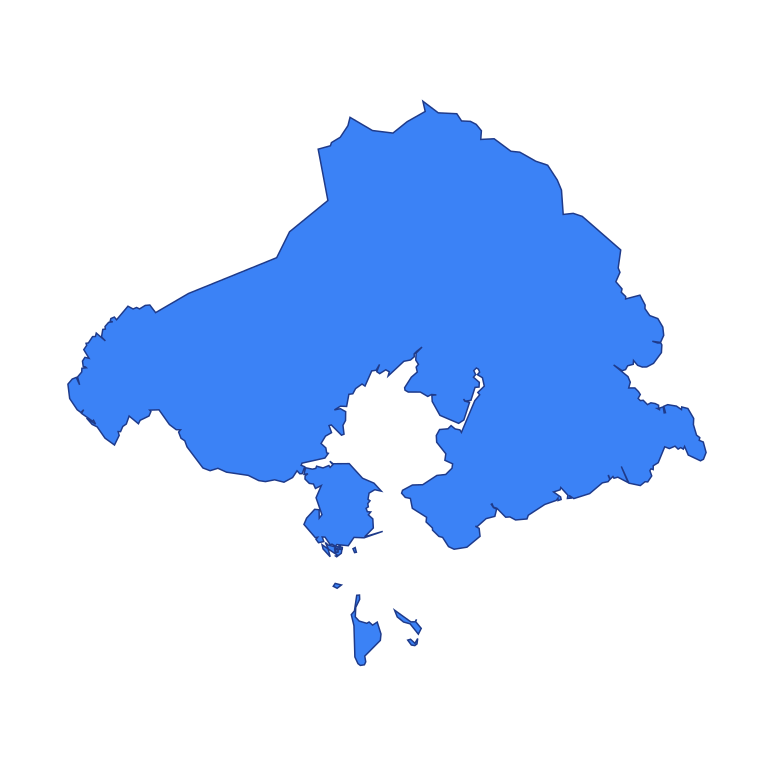 the district of Madolenihmw, Pohnpei, Federated States of Micronesia, rotated 85°
{"feature_id": "79324940B7707198476683", "entity_name": "Madolenihmw", "entity_type": "district", "adm_level": 2, "iso_a3": "FSM", "parent_name": "Federated States of Micronesia", "parent_adm1": "Pohnpei", "projection": "mercator", "projection_center": [158.314, 6.859], "detail": "fine", "context": "isolated", "style": "filled", "palette": "blue", "viewbox_px": 768, "rotation_deg": 85, "n_neighbors": 0, "source": "geoboundaries", "source_scale": "gbopen_adm2", "svg_char_len": 6151}
<svg xmlns="http://www.w3.org/2000/svg" viewBox="0 0 768 768"><g transform="rotate(85 384 384)"><path d="M284.2,632.3L296.7,644.8L293.8,646.8L295.0,650.4L297.5,651.3L298.4,648.8L298.6,653.0L302.4,656.9L305.0,656.8L305.1,659.4L312.5,661.3L316.8,657.8L308.2,666.2L311.5,667.3L311.4,670.2L317.3,674.9L317.5,677.3L319.6,676.8L323.6,680.1L332.7,675.6L331.4,679.6L334.9,682.4L340.3,682.1L340.9,680.0L341.9,679.1L342.0,683.6L345.7,684.1L350.3,688.7L358.3,687.3L350.6,690.0L351.9,694.2L356.6,698.9L371.1,698.4L382.9,691.9L386.0,688.4L383.4,685.4L386.9,687.9L395.7,677.5L394.8,676.5L398.9,674.8L392.0,683.3L398.8,678.3L401.7,673.5L413.6,666.7L421.3,657.8L412.1,652.3L408.2,653.0L408.5,650.6L403.5,647.9L401.4,644.2L393.7,640.7L402.2,632.1L398.9,630.1L395.4,620.9L391.1,618.6L389.6,619.7L390.1,610.4L405.7,601.3L411.4,595.0L411.9,590.7L414.0,592.8L420.3,591.0L423.2,587.4L429.5,585.7L451.9,571.7L455.2,564.8L453.5,556.8L458.1,548.6L463.2,527.2L469.3,517.2L470.9,510.6L469.9,501.3L473.1,492.2L469.2,483.2L462.9,478.2L466.1,475.7L466.2,473.3L459.5,470.2L457.8,473.6L455.7,472.6L452.6,449.3L448.2,445.5L447.6,447.1L442.6,447.5L437.8,451.9L430.8,446.8L427.9,440.5L420.6,442.4L420.2,440.1L431.3,430.8L430.5,428.2L421.6,428.5L417.0,425.5L408.2,424.6L404.8,429.6L405.5,435.7L402.3,429.3L403.1,423.2L391.2,419.9L391.0,415.9L386.1,412.7L382.1,405.9L384.4,403.1L369.9,395.1L369.6,390.6L364.1,386.7L371.1,390.1L373.3,387.4L370.0,381.0L372.3,377.7L376.4,379.2L363.1,362.2L362.4,355.5L359.5,351.5L356.6,351.3L354.2,348.4L350.5,342.9L356.0,349.3L362.9,350.3L367.4,348.0L370.0,350.5L375.0,349.8L379.6,356.2L389.5,363.8L392.0,363.6L394.1,360.6L395.2,348.5L400.2,341.5L398.6,337.6L399.4,332.8L399.4,337.3L405.6,337.5L420.1,331.0L429.7,313.1L426.8,307.6L409.8,300.4L408.1,305.0L405.9,306.1L408.2,304.4L407.8,298.8L395.3,293.6L395.3,289.6L390.7,288.9L385.0,294.3L382.6,291.9L378.5,293.4L376.1,290.6L377.5,288.6L380.5,287.7L382.8,290.2L386.3,285.4L394.9,284.3L400.6,291.3L403.1,289.6L408.5,295.0L439.0,311.1L436.3,312.4L435.0,317.0L431.3,320.8L434.2,324.2L434.2,332.6L439.9,336.4L446.6,336.6L458.9,328.5L465.3,330.0L469.5,322.6L473.8,323.6L479.5,330.4L479.7,339.3L487.7,354.2L487.1,364.5L491.5,374.8L494.3,376.0L498.8,372.7L500.3,367.7L510.3,366.6L520.5,353.2L525.1,354.1L531.6,348.3L533.8,348.4L540.6,342.6L541.9,339.0L551.6,333.9L554.7,328.6L553.8,315.6L544.1,301.6L536.1,301.8L533.7,305.4L534.1,303.5L527.0,294.0L525.5,285.1L518.4,282.7L516.7,285.7L513.2,287.6L512.8,286.8L516.2,285.7L517.7,282.3L527.3,274.4L527.4,270.1L530.9,264.8L530.9,253.3L527.3,251.7L518.0,234.3L515.0,222.6L512.9,220.7L515.3,220.8L514.5,217.6L511.9,217.9L506.3,224.5L504.8,217.8L502.5,216.9L510.8,210.5L514.0,211.3L514.0,207.7L511.1,209.3L514.7,204.9L511.1,188.7L501.5,175.1L500.8,169.3L498.6,167.3L495.1,168.5L494.2,168.4L498.7,167.1L496.1,164.0L497.9,163.1L497.2,159.2L503.5,149.4L486.8,154.8L504.1,148.7L507.5,137.5L504.1,132.5L504.5,129.8L498.9,125.3L493.5,126.7L491.8,125.4L492.7,123.3L488.9,122.9L486.3,117.7L471.0,109.8L473.2,105.4L471.3,99.5L474.5,96.7L473.2,93.9L475.0,91.5L472.4,90.0L481.3,87.1L488.1,75.4L486.8,72.3L480.3,69.1L469.6,71.0L467.6,74.9L464.9,74.1L462.2,77.1L451.4,79.3L445.3,78.5L434.9,83.4L432.8,89.4L435.4,89.9L431.5,94.6L429.3,103.2L430.6,107.2L437.1,106.1L437.2,107.4L431.1,107.9L432.0,111.6L433.6,111.8L432.2,113.9L432.2,112.5L429.1,112.3L427.1,115.6L426.0,119.8L427.5,123.3L422.8,127.2L422.9,130.1L420.5,132.1L416.8,129.6L413.7,131.2L409.8,134.4L409.3,140.6L403.7,138.5L397.9,140.3L385.0,153.6L391.5,145.6L390.7,142.1L387.1,139.7L386.1,134.0L382.3,133.4L387.5,129.7L389.6,125.3L389.9,120.8L386.9,113.7L376.9,104.9L369.3,103.8L367.2,104.7L367.0,107.8L364.8,113.0L366.7,104.9L359.9,101.1L351.6,101.3L342.7,105.5L339.0,113.3L331.6,117.5L328.1,117.0L317.8,121.3L320.3,135.9L317.9,135.6L313.3,139.6L310.0,138.6L302.3,144.1L293.3,139.2L288.8,140.6L271.1,136.5L234.3,171.9L230.5,180.6L230.7,190.7L206.3,190.3L195.9,193.6L180.3,201.9L175.3,213.4L164.9,228.5L163.2,237.3L149.3,252.9L148.8,266.3L140.2,264.9L133.4,269.5L129.9,275.0L128.7,283.8L121.1,287.9L118.6,306.3L105.7,320.6L116.1,319.2L124.7,338.1L134.8,353.2L130.5,373.4L115.4,394.6L123.5,397.4L134.4,406.1L138.9,415.3L142.0,416.6L144.3,429.1L196.3,423.9L224.1,464.8L248.8,479.9L276.8,570.9L293.0,605.3L284.9,610.4L284.9,615.0L287.9,621.0L286.2,623.8L287.4,627.4L284.2,632.3ZM491.4,408.4L488.5,402.4L490.5,396.0L481.9,402.6L476.0,413.6L460.3,425.6L459.0,441.7L456.2,444.7L459.9,442.0L462.4,444.9L460.4,446.0L462.3,452.1L460.0,458.3L462.1,459.3L462.6,462.7L460.6,469.4L467.0,471.6L466.8,467.6L468.6,470.6L471.8,471.0L476.5,467.1L477.5,463.0L482.1,461.4L479.7,455.3L491.4,461.6L508.8,457.2L512.0,460.2L503.6,459.6L502.8,464.0L510.9,472.8L516.9,476.0L531.1,465.8L530.9,463.5L532.8,465.3L536.4,463.1L535.7,457.7L531.0,458.9L531.4,456.1L539.5,451.6L539.0,449.8L541.3,446.5L539.8,445.0L542.0,433.7L534.2,427.3L535.5,417.2L530.7,398.1L534.5,416.6L526.5,407.2L517.4,406.9L513.0,411.0L510.3,408.4L509.8,411.7L506.3,412.7L505.0,410.3L501.7,410.6L499.1,408.1L497.5,410.0L491.4,408.4ZM639.1,410.0L632.8,408.8L620.6,411.5L623.2,416.4L619.8,419.6L620.9,422.0L618.0,429.4L613.5,432.9L604.0,431.6L596.4,427.0L592.1,426.8L592.1,429.6L607.4,433.2L610.9,436.7L622.2,435.0L653.4,436.8L660.3,434.3L662.3,432.1L662.0,428.0L659.2,426.4L653.4,426.9L639.1,410.0ZM630.7,368.2L623.5,373.2L621.3,372.1L623.6,373.7L623.3,378.0L610.2,393.2L617.2,391.1L622.8,385.3L625.2,378.9L636.2,371.6L630.7,368.2ZM552.0,446.2L548.9,441.3L545.1,440.3L544.7,444.1L547.4,444.3L547.8,446.5L547.2,447.4L543.9,447.6L542.1,446.8L539.5,453.7L536.8,456.3L543.6,453.8L550.5,445.3L551.1,447.3L552.0,446.2ZM645.8,373.8L640.5,372.6L645.0,375.8L640.6,379.8L641.2,382.7L646.4,379.5L647.3,376.1L645.8,373.8ZM551.4,452.7L543.4,454.1L538.7,459.7L543.0,459.1L551.4,452.7ZM581.1,452.2L583.4,448.5L580.5,443.9L578.4,450.0L581.1,452.2ZM549.2,426.2L544.4,427.0L545.4,429.3L549.4,428.0L549.2,426.2ZM547.6,446.5L547.3,444.5L544.7,444.4L544.5,446.8L547.6,446.5ZM543.7,446.6L544.2,444.2L542.2,443.9L541.6,446.0L543.7,446.6ZM542.5,442.3L544.3,442.6L544.8,440.0L543.1,439.7L542.5,442.3ZM540.8,442.9L542.3,443.1L541.6,441.8L540.8,442.9Z" fill="#3b82f6" stroke="#1e3a8a" stroke-width="1.5"/></g></svg>